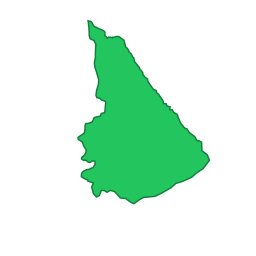 outline of Kokoyah, Bong, Liberia, rotated 119°
{"feature_id": "62588387B51807838510700", "entity_name": "Kokoyah", "entity_type": "district", "adm_level": 2, "iso_a3": "LBR", "parent_name": "Liberia", "parent_adm1": "Bong", "projection": "mercator", "projection_center": [-9.579, 6.517], "detail": "fine", "context": "isolated", "style": "filled", "palette": "green", "viewbox_px": 256, "rotation_deg": 119, "n_neighbors": 0, "source": "geoboundaries", "source_scale": "gbopen_adm2", "svg_char_len": 2844}
<svg xmlns="http://www.w3.org/2000/svg" viewBox="0 0 256 256"><g transform="rotate(119 128 128)"><path d="M53.6,214.9L54.3,214.3L55.7,213.4L57.2,212.3L58.2,211.5L63.5,208.1L66.0,206.7L68.3,204.5L68.0,200.2L68.7,199.2L70.3,196.7L71.4,196.3L76.0,194.0L77.6,193.2L78.0,193.0L82.4,190.6L87.2,189.1L88.7,188.0L91.2,186.2L93.5,183.5L94.2,182.8L98.3,178.7L98.6,178.4L99.9,177.1L104.2,175.0L110.1,173.8L115.0,171.8L115.6,171.1L116.6,169.7L116.4,169.5L115.7,166.8L116.4,164.8L115.7,161.9L116.0,160.1L118.7,158.9L123.2,156.9L125.1,156.1L125.8,155.9L126.2,156.3L126.6,156.3L126.9,157.0L128.3,158.4L128.7,158.4L129.9,158.1L130.1,158.2L131.1,158.1L134.8,162.2L136.1,162.7L137.4,162.3L139.5,162.3L140.2,162.3L140.7,162.8L141.2,163.1L143.5,165.3L144.2,166.5L144.5,166.8L144.9,167.1L146.3,166.8L146.7,166.7L147.4,166.3L150.6,164.7L153.7,163.8L157.9,165.9L160.3,167.1L160.8,167.1L162.0,166.0L162.2,164.8L162.3,161.3L162.6,161.0L163.1,160.3L165.2,158.1L165.8,157.0L166.7,155.3L167.2,154.2L169.3,153.0L170.8,153.0L171.1,153.0L172.7,152.9L175.4,154.0L176.6,154.2L177.6,153.5L177.8,152.1L177.9,151.5L177.0,149.9L176.6,149.2L176.8,148.1L177.2,146.1L176.8,145.7L176.8,145.0L175.7,143.9L175.1,143.8L174.6,143.8L173.9,142.6L173.2,141.4L173.4,140.5L174.4,140.0L175.4,139.3L177.7,139.2L179.8,139.4L180.2,139.9L180.8,140.6L183.0,142.0L184.5,144.0L186.3,145.2L187.7,146.2L189.9,146.6L192.1,145.8L193.2,145.2L193.4,141.9L193.2,139.5L193.2,139.1L193.1,138.0L193.9,137.3L193.3,134.0L192.9,131.6L197.5,131.1L198.8,129.6L202.1,126.5L203.6,122.1L201.0,120.3L195.4,121.1L194.2,118.3L194.4,115.2L193.9,114.9L191.1,113.2L190.1,108.8L192.9,100.8L191.9,98.3L190.8,95.7L191.6,90.3L191.3,86.2L185.5,83.4L184.9,83.1L181.1,80.6L174.7,71.3L174.3,71.0L173.3,70.3L168.9,67.2L159.7,61.6L153.3,59.3L148.2,54.4L140.3,48.5L136.0,46.9L133.7,46.0L127.0,42.6L117.5,41.2L116.8,41.1L113.0,45.7L112.0,52.4L105.1,56.5L104.7,56.9L104.7,59.7L105.5,61.7L103.3,65.2L102.7,69.0L102.3,72.1L100.2,76.1L100.6,78.6L97.9,84.9L92.3,91.7L92.1,95.9L90.6,98.0L91.8,100.3L91.1,100.6L89.0,101.5L89.3,102.3L89.9,104.4L88.2,106.4L89.5,108.7L87.0,110.8L83.6,117.9L83.3,120.0L81.5,121.5L81.6,121.9L81.6,122.1L82.1,124.2L77.7,133.1L75.7,134.7L75.3,138.2L73.6,141.5L72.7,141.6L71.9,143.0L71.2,144.4L71.2,145.9L69.9,147.1L69.5,147.4L69.0,149.0L68.5,150.2L68.3,150.7L67.7,152.1L66.9,154.0L66.7,154.6L65.6,155.3L64.0,156.9L63.4,158.7L61.8,160.8L61.6,161.2L60.8,164.2L59.9,165.0L58.6,167.4L58.4,169.1L57.1,170.4L56.9,170.5L53.1,174.3L53.0,175.9L52.9,177.3L52.4,180.1L53.8,182.9L55.4,184.1L56.1,185.5L56.8,185.4L57.1,187.5L57.9,189.0L59.4,189.6L58.6,191.4L58.7,192.2L58.5,192.6L58.4,193.0L58.0,193.2L57.9,193.3L55.7,194.4L55.3,194.7L54.7,196.4L54.9,198.7L55.3,202.5L55.2,204.4L55.7,206.1L55.4,207.1L54.8,208.5L53.4,210.4L52.8,212.5L53.4,213.5L53.4,214.2L53.6,214.9Z" fill="#22c55e" stroke="#15803d" stroke-width="1.5"/></g></svg>